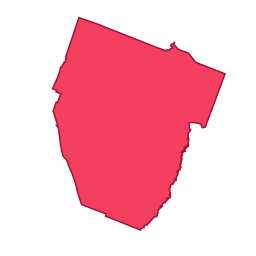 outline of Melton, Victoria, Australia, rotated 193°
{"feature_id": "25037944B20594454480773", "entity_name": "Melton", "entity_type": "district", "adm_level": 2, "iso_a3": "AUS", "parent_name": "Australia", "parent_adm1": "Victoria", "projection": "equal_earth", "projection_center": [144.547, -37.681], "detail": "fine", "context": "isolated", "style": "filled", "palette": "rose", "viewbox_px": 256, "rotation_deg": 193, "n_neighbors": 0, "source": "geoboundaries", "source_scale": "gbopen_adm2", "svg_char_len": 5262}
<svg xmlns="http://www.w3.org/2000/svg" viewBox="0 0 256 256"><g transform="rotate(193 128 128)"><path d="M198.1,114.3L196.1,112.6L195.7,112.0L190.7,98.7L190.1,96.7L186.1,88.0L185.6,87.1L185.0,86.3L184.1,85.4L183.4,84.9L181.4,83.6L180.4,82.7L179.9,82.1L177.2,77.7L172.3,71.1L166.8,62.3L165.0,58.9L163.1,54.8L161.4,51.8L157.1,44.7L155.7,42.9L142.0,41.0L129.9,39.3L130.2,37.1L120.1,35.6L113.2,34.6L99.9,32.4L99.7,32.5L92.9,31.4L92.9,31.9L92.8,32.2L92.7,32.4L92.5,32.5L92.3,33.0L91.9,33.6L91.0,34.4L90.6,34.6L90.0,34.7L89.9,34.9L89.9,35.3L90.2,36.3L90.1,36.5L89.1,37.2L88.6,37.7L88.4,38.1L87.8,37.8L87.6,37.8L87.4,37.9L87.1,38.4L87.1,38.7L87.0,39.8L86.4,40.0L85.9,40.5L85.7,41.0L85.9,41.4L85.5,41.5L85.4,41.6L85.4,41.8L85.5,42.1L85.3,42.4L84.9,42.6L84.8,43.2L84.5,44.1L84.4,44.3L84.0,44.1L83.8,44.3L83.7,44.7L83.8,45.3L83.7,45.6L83.5,45.9L83.3,46.0L83.0,46.1L82.9,46.3L82.7,46.6L82.5,46.9L82.3,47.5L81.9,47.5L81.3,48.0L80.7,47.7L80.5,47.8L80.5,48.2L79.9,48.9L79.8,49.4L79.8,49.6L80.2,50.1L80.2,50.3L79.7,51.1L80.1,53.3L80.0,53.9L80.2,54.8L79.7,55.5L79.1,56.2L78.7,57.1L78.1,57.8L77.8,58.4L78.7,58.2L78.9,59.1L78.3,59.8L78.1,59.9L77.7,60.0L77.4,59.8L77.2,59.7L77.3,60.2L77.6,60.5L77.7,60.8L77.4,61.1L77.2,61.9L76.8,62.7L76.3,63.4L75.9,63.6L75.7,63.6L75.4,63.3L75.2,63.4L75.1,63.6L75.1,63.9L74.8,64.4L74.6,65.1L73.9,65.7L73.9,65.9L74.3,66.4L74.2,66.6L73.8,66.7L73.8,66.8L73.9,67.2L74.4,68.0L74.4,68.3L74.3,68.5L74.0,68.6L73.6,68.5L73.0,67.8L72.9,67.8L72.6,68.2L72.3,69.3L72.2,69.3L71.7,69.2L71.5,69.3L71.3,70.3L71.1,70.5L71.1,70.9L71.4,71.2L71.4,71.3L72.1,71.3L72.2,71.7L72.1,72.0L71.7,72.6L71.8,72.8L72.6,73.0L72.8,73.0L72.7,73.4L72.0,73.9L71.9,74.1L73.1,75.2L72.9,75.9L73.0,76.3L73.5,77.7L73.7,77.8L73.9,77.6L74.1,77.7L74.0,77.9L74.0,78.4L73.9,79.0L73.4,79.4L73.3,79.7L73.4,80.0L73.7,80.4L73.8,80.8L72.9,82.5L72.1,83.4L72.1,83.8L72.0,84.2L71.8,84.2L71.4,83.9L71.3,84.1L71.2,84.3L71.4,84.8L71.3,85.1L71.2,85.6L70.7,86.6L70.1,87.2L69.6,87.4L69.2,88.0L69.3,88.1L70.0,88.4L70.6,89.0L69.8,89.1L69.5,89.2L69.5,89.6L69.7,90.0L69.7,92.1L69.5,93.1L69.1,93.8L69.2,94.5L69.1,94.8L69.6,95.1L69.9,95.4L69.9,95.8L70.1,96.7L70.2,96.9L70.1,97.1L69.6,96.2L69.3,96.2L69.3,97.2L69.1,97.7L69.1,98.1L69.0,98.5L68.8,98.8L68.0,99.0L67.8,99.2L67.8,99.3L68.3,99.7L68.4,99.9L68.2,100.5L68.3,100.8L68.0,101.2L67.7,101.2L67.6,101.4L67.6,101.7L67.7,102.3L68.0,102.6L68.5,102.6L69.0,102.7L69.1,102.9L69.2,103.3L69.1,103.5L68.7,104.0L69.0,104.6L68.1,105.0L68.5,105.6L68.6,106.1L68.8,106.4L68.8,106.6L68.7,106.8L68.4,107.3L68.5,107.6L68.8,107.8L69.0,108.3L68.8,108.5L68.5,108.5L68.8,109.2L68.7,109.6L68.8,109.7L69.1,109.7L69.3,109.8L69.2,110.1L68.8,110.5L68.7,110.5L68.9,110.8L69.2,110.8L69.4,111.0L69.3,111.4L69.0,111.7L69.0,112.0L69.8,112.3L70.0,112.6L69.9,112.7L69.4,113.0L69.4,113.5L69.3,113.8L68.9,113.9L69.0,114.1L69.4,114.5L69.1,115.1L69.1,115.4L69.1,115.5L69.6,115.6L70.2,116.3L70.3,116.4L70.1,116.6L69.9,116.6L69.4,116.3L69.2,116.6L69.1,116.9L69.2,117.2L69.3,117.5L69.8,117.8L69.8,118.0L69.5,118.2L69.2,118.0L68.9,117.4L68.5,117.2L68.4,117.2L68.0,117.7L67.6,118.0L67.1,118.0L66.9,118.2L67.4,119.4L67.5,119.4L67.8,119.0L68.0,119.1L68.8,119.7L68.8,119.9L68.5,120.4L68.1,120.6L67.5,120.6L67.3,120.8L67.5,121.1L68.2,121.2L68.6,121.4L68.8,121.6L68.6,121.8L68.1,122.3L68.1,122.8L67.9,123.0L67.7,122.9L67.5,122.7L67.3,121.7L67.1,121.5L66.9,121.5L66.5,122.3L66.2,122.8L65.9,123.0L65.6,123.1L65.5,123.4L65.4,123.5L65.1,123.7L65.3,124.1L66.1,124.5L66.3,124.9L66.3,125.4L66.2,125.6L65.9,125.4L65.3,124.8L65.2,124.8L65.1,125.1L65.4,125.8L65.8,126.1L66.0,126.6L66.0,127.2L66.0,129.2L66.1,129.9L66.2,130.4L66.6,130.6L67.4,130.4L67.6,130.5L67.6,131.1L67.5,131.3L67.4,131.3L67.2,131.2L66.8,131.1L66.6,131.3L66.5,131.7L66.6,131.8L67.3,132.3L67.4,132.6L67.5,133.4L67.9,133.7L67.8,134.2L67.8,134.6L68.0,135.3L68.4,136.2L68.4,136.4L68.0,136.5L67.6,137.1L67.5,137.4L67.6,138.1L67.6,138.3L67.3,138.8L66.8,139.2L66.5,139.8L66.5,140.2L66.7,140.6L66.9,140.8L67.7,141.0L68.1,141.5L68.4,142.7L68.8,143.7L69.2,145.0L69.4,146.0L69.3,146.5L69.1,147.0L68.4,147.4L66.9,147.8L63.6,148.3L61.6,148.2L59.5,148.3L58.6,148.2L57.7,147.9L57.0,147.0L56.7,146.5L56.3,145.7L55.8,145.2L55.0,145.1L53.6,146.0L52.9,146.2L52.3,151.6L52.2,151.8L51.2,159.6L45.6,202.6L76.8,207.2L86.0,214.6L96.6,215.9L102.3,219.9L101.9,221.9L102.2,221.9L102.3,221.1L102.9,220.2L102.9,219.9L103.1,219.8L103.5,220.0L104.0,219.8L104.5,219.0L104.9,218.2L105.0,217.8L105.0,217.6L104.9,217.5L103.8,217.4L102.7,216.8L102.6,216.5L102.6,216.3L103.0,215.9L103.5,215.5L103.7,215.1L104.2,214.9L104.6,214.6L105.5,213.2L106.2,212.8L106.3,212.8L106.6,213.0L106.9,213.0L107.6,212.8L108.1,212.5L108.3,212.5L108.4,212.3L108.4,212.0L108.6,211.8L108.6,211.6L110.5,211.9L110.6,212.0L117.7,212.8L133.1,215.2L174.5,221.3L176.7,221.9L200.4,224.5L200.6,224.6L204.7,183.4L204.5,183.2L204.3,183.2L203.8,182.9L203.7,182.6L203.8,182.0L204.2,180.9L203.9,180.1L203.9,179.9L204.1,179.5L204.1,178.9L204.1,178.0L204.4,177.8L205.0,177.8L205.2,177.6L205.4,175.5L205.6,175.1L205.9,174.9L206.0,174.8L206.0,173.7L206.2,173.1L207.1,172.3L207.4,171.7L207.3,170.8L207.1,170.5L208.0,161.1L210.4,149.2L206.1,148.6L206.3,147.0L201.2,146.2L201.4,144.6L202.4,136.8L203.7,137.0L204.2,133.1L204.4,130.6L204.8,127.7L196.9,114.3L198.1,114.3Z" fill="#f43f5e" stroke="#9f1239" stroke-width="1.5"/></g></svg>